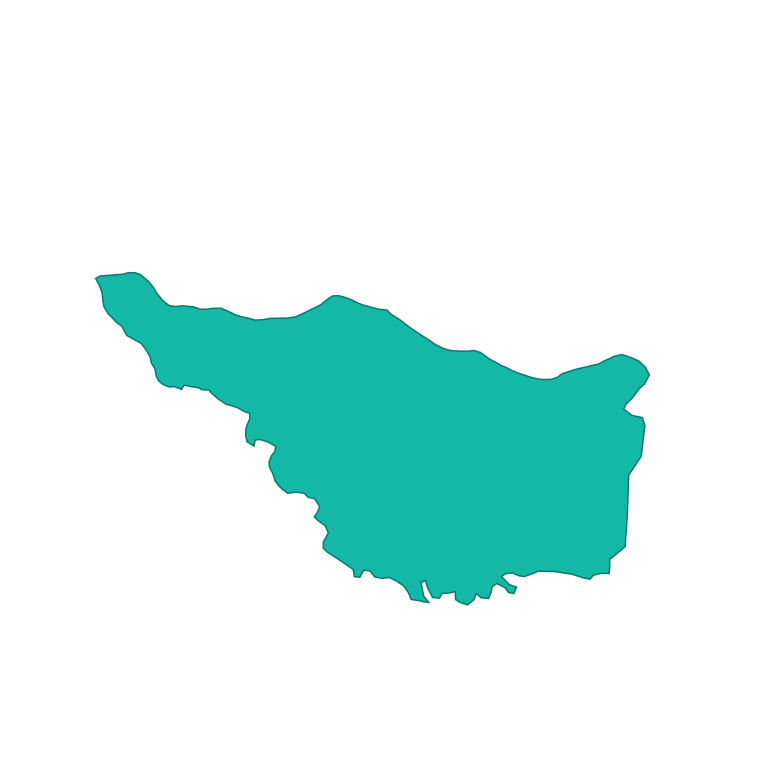 the district of Cachoeira, Bahia, Brazil, rotated 127°
{"feature_id": "56859067B44704214105859", "entity_name": "Cachoeira", "entity_type": "district", "adm_level": 2, "iso_a3": "BRA", "parent_name": "Brazil", "parent_adm1": "Bahia", "projection": "robinson", "projection_center": [-38.874, -12.677], "detail": "fine", "context": "isolated", "style": "filled", "palette": "teal", "viewbox_px": 768, "rotation_deg": 127, "n_neighbors": 0, "source": "geoboundaries", "source_scale": "gbopen_adm2", "svg_char_len": 2878}
<svg xmlns="http://www.w3.org/2000/svg" viewBox="0 0 768 768"><g transform="rotate(127 384 384)"><path d="M415.9,102.0L410.9,101.7L404.7,96.9L399.9,90.2L393.4,94.2L388.3,98.2L368.8,93.5L349.7,105.9L340.1,112.3L324.3,123.4L309.7,133.7L286.9,135.1L260.2,150.6L255.4,157.5L259.9,167.1L259.7,177.4L254.3,178.5L249.4,177.7L242.9,177.2L234.1,177.4L227.6,175.9L222.8,176.6L217.0,177.6L213.3,185.4L212.3,194.0L213.8,200.9L215.3,206.0L217.5,212.0L224.1,217.3L228.4,219.4L232.8,221.9L238.8,224.6L243.4,228.5L249.1,233.1L256.1,239.1L262.4,243.6L268.5,247.9L274.7,249.7L280.0,253.6L285.9,261.3L289.6,269.1L292.8,278.2L295.0,285.0L296.5,291.1L297.3,296.5L298.7,301.6L299.4,307.7L300.5,314.2L300.7,320.7L300.8,326.2L303.2,332.5L306.9,336.2L311.5,342.4L316.7,349.9L320.0,358.1L321.5,366.7L322.0,375.9L323.0,390.4L323.3,398.0L323.2,410.1L324.0,420.4L323.2,426.1L327.7,433.6L331.0,441.9L333.5,448.2L335.2,453.8L336.3,460.7L338.2,467.0L340.8,473.5L344.8,478.2L352.5,480.8L358.8,482.2L365.6,485.6L374.5,490.1L383.3,494.8L389.4,500.7L395.4,508.4L400.4,514.7L405.2,519.1L410.4,525.1L412.9,531.5L415.9,537.9L418.0,543.5L419.2,549.8L421.5,559.6L426.0,565.6L430.9,570.5L434.9,575.8L437.0,582.4L440.2,587.8L443.4,592.7L447.9,597.5L450.7,603.0L450.5,611.0L448.4,619.6L445.7,626.1L443.7,634.1L443.2,644.7L445.2,650.2L449.0,655.2L453.5,658.7L458.2,663.9L463.4,669.8L468.7,675.8L473.3,677.8L476.5,670.6L480.7,664.1L485.1,660.1L490.8,654.2L493.8,646.9L494.6,641.0L495.7,636.0L495.7,627.8L500.0,618.7L499.0,611.0L497.6,602.2L500.3,593.6L503.2,587.0L507.2,582.4L509.9,575.8L514.9,570.5L517.1,565.8L517.4,560.4L515.8,554.1L512.3,549.9L510.1,542.4L505.1,543.0L502.4,536.8L498.9,530.6L497.8,525.3L494.3,520.4L495.2,515.1L495.7,507.3L495.2,497.9L493.1,492.8L491.0,486.4L490.0,478.8L488.2,473.6L492.6,470.2L498.8,468.8L504.1,466.7L508.6,463.3L512.6,458.5L511.8,450.5L506.3,453.1L502.9,449.6L500.3,442.2L498.9,432.8L503.8,430.5L509.6,430.7L515.3,428.8L519.2,425.6L522.3,419.0L526.9,412.8L528.6,407.1L529.3,401.3L529.1,395.0L523.2,389.1L519.4,382.2L520.1,376.2L517.4,370.7L520.6,361.6L526.7,359.9L532.1,359.6L532.8,353.6L532.6,345.7L536.4,338.8L546.9,337.3L551.8,333.4L552.4,327.9L551.8,320.2L551.2,310.3L550.9,302.5L550.7,297.0L555.7,291.7L552.9,287.0L544.9,288.2L541.7,282.8L543.7,275.3L540.6,268.8L535.4,263.4L533.9,256.0L533.4,247.0L535.7,239.4L539.7,232.6L536.1,226.0L534.1,221.1L531.4,216.8L529.6,224.5L524.8,229.9L520.3,235.1L516.0,232.2L519.7,228.0L522.3,223.0L525.3,216.6L521.6,210.8L516.5,211.7L511.1,205.6L506.8,202.2L513.1,197.1L512.6,191.6L510.1,184.3L502.1,182.3L495.8,184.5L496.3,177.9L492.3,171.4L486.0,173.0L480.8,175.7L475.5,173.9L473.8,164.8L475.5,159.1L473.2,154.2L466.5,155.9L468.8,163.1L467.0,174.5L462.0,172.5L457.7,167.9L455.9,160.8L453.2,155.9L446.2,151.4L440.4,147.9L430.7,134.2L422.9,119.6L420.4,112.8L418.6,107.4L415.9,102.0Z" fill="#14b8a6" stroke="#0f766e" stroke-width="1.5"/></g></svg>